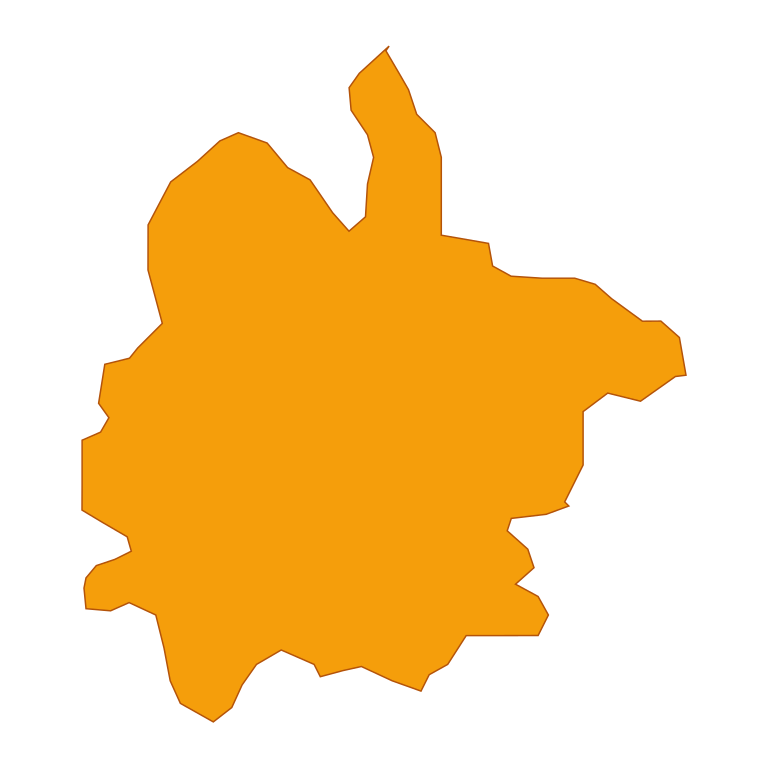 Imsil-gun, North Jeolla, South Korea
{"feature_id": "91817680B86480113122364", "entity_name": "Imsil-gun", "entity_type": "district", "adm_level": 2, "iso_a3": "KOR", "parent_name": "South Korea", "parent_adm1": "North Jeolla", "projection": "albers", "projection_center": [127.248, 35.609], "detail": "fine", "context": "isolated", "style": "filled", "palette": "amber", "viewbox_px": 768, "rotation_deg": 0, "n_neighbors": 0, "source": "geoboundaries", "source_scale": "gbopen_adm2", "svg_char_len": 1281}
<svg xmlns="http://www.w3.org/2000/svg" viewBox="0 0 768 768"><path d="M686.0,375.2L679.4,337.5L660.9,321.1L642.4,321.2L611.6,298.7L595.2,284.3L574.7,278.2L541.9,278.2L511.1,276.2L492.6,266.0L488.5,243.4L441.3,235.2L441.3,186.0L441.3,157.3L435.1,132.7L416.7,114.3L408.5,89.7L400.3,75.4L385.9,50.8L389.1,46.1L359.3,73.3L349.1,87.7L351.1,110.2L367.5,134.8L373.6,157.4L367.5,184.0L365.5,216.8L349.0,231.2L332.6,212.7L310.1,179.9L287.6,167.6L267.1,143.0L238.4,132.7L219.9,140.9L197.4,161.4L170.7,181.9L148.1,224.9L148.0,270.0L162.3,323.4L137.7,348.0L129.5,358.2L104.8,364.3L98.6,403.3L108.9,417.7L100.6,432.1L82.1,440.2L82.1,458.7L82.1,485.4L82.0,510.1L102.5,522.4L127.2,536.8L131.3,551.2L114.8,559.4L96.3,565.6L86.0,577.9L84.0,588.1L86.0,608.7L110.6,610.8L129.1,602.6L155.8,615.0L164.0,647.9L170.2,680.8L180.4,703.4L213.3,721.9L231.8,707.5L242.1,684.9L256.5,664.4L281.2,650.0L314.1,664.4L320.3,676.7L342.9,670.6L361.4,666.5L392.2,680.8L421.0,691.1L429.2,674.7L447.7,664.4L463.1,640.4L466.2,635.6L497.0,635.6L538.1,635.5L548.4,615.0L538.1,596.5L515.5,584.2L534.0,567.7L527.8,549.2L507.2,530.8L511.3,518.4L546.2,514.3L568.8,506.0L564.7,501.9L583.1,465.0L583.1,440.3L583.1,411.6L607.7,393.1L640.5,401.2L675.4,376.5L686.0,375.2Z" fill="#f59e0b" stroke="#b45309" stroke-width="1.5"/></svg>